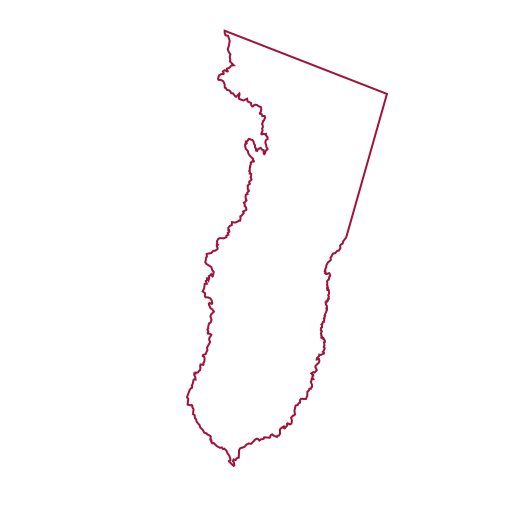 outline of Novo Progresso, Pará, Brazil, rotated 196°
{"feature_id": "56859067B57581825298876", "entity_name": "Novo Progresso", "entity_type": "district", "adm_level": 2, "iso_a3": "BRA", "parent_name": "Brazil", "parent_adm1": "Pará", "projection": "robinson", "projection_center": [-55.438, -7.908], "detail": "fine", "context": "isolated", "style": "outline", "palette": "rose", "viewbox_px": 512, "rotation_deg": 196, "n_neighbors": 0, "source": "geoboundaries", "source_scale": "gbopen_adm2", "svg_char_len": 6089}
<svg xmlns="http://www.w3.org/2000/svg" viewBox="0 0 512 512"><g transform="rotate(196 256 256)"><path d="M281.9,111.1L282.8,109.1L283.4,101.8L283.3,101.0L281.7,100.1L280.8,94.3L277.8,94.4L276.8,95.1L275.8,94.4L275.4,92.8L273.8,91.5L273.0,86.7L271.1,86.1L270.0,83.3L268.6,82.5L267.6,80.7L265.7,79.1L263.7,78.0L262.3,75.7L259.6,74.5L257.0,71.9L254.4,71.8L253.8,71.1L250.3,70.5L249.7,69.9L249.4,67.1L248.7,66.3L248.4,66.9L248.1,66.6L247.2,64.3L246.4,63.9L245.2,64.6L241.4,62.5L238.0,61.7L236.0,62.5L234.6,61.3L233.4,62.1L230.7,60.7L229.2,58.7L226.5,56.5L224.6,53.7L224.3,52.6L225.5,51.5L225.0,50.9L219.7,48.1L219.2,48.8L219.5,49.9L220.6,51.8L221.5,52.3L221.6,53.5L221.4,54.3L219.4,54.2L219.0,55.7L218.0,57.0L217.0,57.4L218.8,65.1L218.1,66.9L214.5,69.3L213.4,71.8L211.4,73.8L208.9,74.1L206.0,79.7L204.7,80.7L203.7,80.7L201.8,79.5L200.8,81.1L198.3,82.3L198.1,84.0L192.7,85.1L192.4,87.9L191.4,89.0L188.8,88.0L186.0,87.9L185.8,89.0L184.5,89.7L183.9,91.8L185.2,95.7L184.7,97.0L182.5,99.8L181.9,99.8L181.8,98.4L180.9,98.2L179.3,101.8L179.9,103.2L179.5,103.9L176.8,103.5L175.8,104.6L176.0,107.6L177.7,110.3L176.3,113.0L175.2,113.5L174.9,114.6L176.4,117.8L176.7,123.2L174.8,124.3L174.6,126.0L173.3,127.2L173.9,129.6L173.4,131.1L168.6,132.3L168.2,136.1L169.2,139.5L168.1,141.3L168.1,143.1L166.8,143.4L166.5,145.5L166.1,145.7L166.6,147.5L168.6,150.1L168.3,151.5L168.6,153.1L167.1,153.5L168.5,154.8L168.5,156.0L167.9,156.7L168.5,157.6L169.5,157.6L170.5,158.4L168.9,160.2L167.8,160.0L167.4,160.4L166.1,163.1L168.5,165.8L168.5,166.3L167.8,168.3L166.3,170.4L166.1,172.5L167.1,174.3L169.1,173.3L169.2,174.8L167.7,177.3L168.0,178.6L166.4,178.8L163.8,181.0L163.9,181.5L165.3,182.3L164.7,183.5L164.5,186.4L165.8,187.2L165.6,189.0L166.8,191.8L166.1,192.3L166.6,193.9L168.3,194.7L168.1,195.2L168.7,195.8L169.7,195.2L170.7,195.5L170.4,196.7L171.3,197.3L171.2,198.2L172.3,199.4L171.9,201.7L173.3,202.6L173.7,204.7L172.9,205.6L173.6,208.4L174.1,208.4L173.5,209.7L173.5,211.1L172.6,211.4L173.0,214.7L173.5,214.7L173.0,217.3L173.7,217.6L172.9,223.7L173.3,225.0L173.7,224.8L173.9,225.4L173.5,225.6L174.1,227.5L175.5,228.7L176.3,230.7L175.7,230.9L175.8,231.8L175.3,231.8L175.2,233.0L174.6,233.0L174.4,234.4L174.7,234.2L175.0,234.9L174.8,237.0L175.8,238.3L175.4,239.8L175.7,241.2L176.8,243.4L178.0,243.0L178.4,243.8L178.0,243.8L177.9,245.1L178.9,245.6L178.8,246.6L179.7,247.6L180.2,250.6L180.8,251.2L180.1,253.0L179.5,253.4L179.9,255.8L179.2,257.3L180.5,259.5L181.1,259.7L182.8,258.3L183.6,258.6L183.8,258.1L184.5,258.4L184.2,258.7L184.9,259.7L185.7,259.9L185.7,261.1L185.3,261.2L185.8,262.8L185.4,264.5L185.8,266.6L185.1,269.6L183.2,272.4L183.0,273.0L183.8,274.6L183.7,275.6L183.2,276.1L183.3,277.2L182.5,279.7L180.6,280.6L179.4,283.2L177.8,284.1L177.0,286.8L178.0,289.1L177.6,290.3L176.1,291.8L176.3,294.0L174.4,298.7L174.8,447.9L348.2,463.9L347.5,461.6L346.0,459.7L343.6,460.0L340.6,455.7L340.0,450.3L340.2,447.2L339.0,445.2L336.2,442.7L336.1,439.8L334.9,438.0L334.8,435.9L329.9,433.2L332.2,432.3L333.4,429.7L335.5,428.1L335.3,427.1L334.1,425.7L334.4,425.4L337.3,426.0L338.7,424.3L337.4,422.8L337.4,421.9L339.6,421.3L341.3,419.3L341.4,415.9L340.6,415.0L338.5,415.6L335.7,415.0L333.6,412.6L332.4,409.2L331.2,409.1L329.7,407.7L327.6,407.8L326.0,407.2L324.8,405.6L322.9,406.0L319.7,403.6L318.9,403.6L316.8,407.6L316.3,406.6L316.2,403.4L315.5,402.4L311.0,402.0L307.9,404.7L306.6,402.2L302.9,401.7L302.0,399.4L300.8,398.7L300.1,398.9L299.3,400.7L298.3,401.3L296.4,401.4L294.8,400.7L292.2,400.4L291.3,398.4L291.1,395.9L291.7,394.6L291.4,393.8L289.6,393.9L288.5,392.2L286.4,393.0L285.4,391.6L285.7,388.5L286.6,387.5L286.2,386.7L286.6,384.6L285.6,383.5L284.9,381.8L285.2,380.2L284.2,378.3L284.6,374.9L283.7,374.5L282.8,375.4L281.4,375.4L280.1,376.1L279.7,374.7L277.6,373.4L277.1,371.7L278.5,370.0L278.3,367.5L276.7,365.4L276.3,363.9L274.3,362.0L275.7,359.9L275.7,357.3L276.1,356.2L276.8,356.5L277.9,359.8L279.6,359.9L281.3,361.3L283.5,359.3L283.9,357.3L284.9,357.3L285.8,359.4L287.1,360.4L287.5,362.2L289.0,363.5L290.0,365.5L291.4,366.5L295.1,366.6L296.1,363.9L297.3,363.3L296.0,361.8L296.3,361.2L297.1,361.3L297.1,359.5L295.5,356.3L292.7,354.6L291.7,352.5L289.3,350.5L285.5,348.5L285.1,347.0L284.1,346.6L284.2,346.1L285.9,345.7L286.8,344.1L286.2,343.0L286.6,340.7L286.1,340.1L286.3,338.8L285.6,336.9L286.0,335.8L284.9,335.0L284.8,333.5L283.3,333.6L282.7,331.7L283.0,330.4L281.4,328.4L281.5,327.6L283.0,325.8L282.9,324.9L281.8,323.7L283.4,321.5L282.1,317.5L281.4,317.4L280.7,316.5L281.9,314.6L281.2,313.1L282.7,312.2L282.2,309.4L281.4,308.2L281.3,307.3L280.5,307.0L281.3,305.0L282.3,303.9L281.0,302.6L280.8,301.0L279.0,300.0L278.0,298.0L278.1,297.5L280.7,295.2L279.6,294.0L280.9,290.9L282.0,289.7L281.1,287.5L281.0,285.6L282.3,285.3L282.6,284.5L285.4,282.3L288.4,282.0L287.8,279.0L289.3,277.9L290.4,275.6L289.7,273.2L289.0,273.5L288.3,271.9L289.5,270.4L288.4,268.9L290.0,267.4L289.6,266.0L292.0,264.0L295.6,263.3L297.0,262.0L297.6,259.3L296.9,258.2L296.8,256.5L295.7,256.2L296.5,254.8L295.1,253.0L294.9,252.1L296.6,249.9L298.6,249.1L299.7,246.6L304.0,244.4L303.0,241.8L303.7,240.5L303.1,238.4L303.1,236.1L301.5,234.7L295.9,233.1L294.3,230.5L292.2,228.9L291.9,224.8L292.3,224.4L294.1,226.2L294.8,224.6L295.8,223.6L294.9,221.7L294.9,219.8L296.0,221.3L297.0,221.0L296.3,219.4L297.4,218.1L295.6,215.8L297.6,215.1L296.9,210.5L297.5,207.2L294.8,206.2L294.1,203.4L293.1,202.4L290.5,203.0L288.3,202.7L286.5,201.2L285.0,198.5L285.3,197.7L287.8,198.0L288.2,197.2L287.7,196.1L285.3,193.3L283.2,192.6L281.1,190.9L283.0,187.6L283.3,185.6L281.1,182.3L281.3,179.6L282.6,178.2L282.4,174.3L281.9,173.5L282.5,172.0L280.9,170.2L281.3,168.9L280.7,168.2L278.7,168.5L277.2,167.9L278.3,163.9L277.9,162.5L276.4,160.8L277.8,154.4L276.8,152.2L277.4,147.8L279.5,146.4L279.7,145.7L279.7,145.2L278.0,144.7L277.2,143.5L276.6,140.5L277.1,138.8L276.5,137.4L276.7,136.8L279.4,136.5L279.3,134.4L278.7,133.7L278.3,130.9L278.9,130.3L279.8,127.9L282.1,127.2L281.8,126.3L283.0,126.1L282.5,124.4L281.3,123.3L280.0,120.6L281.3,120.5L281.9,119.6L281.6,115.6L282.0,113.7L281.4,113.1L281.2,111.6L281.9,111.1Z" fill="none" stroke="#9f1239" stroke-width="2"/></g></svg>